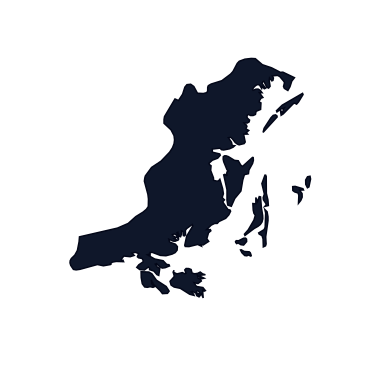 the Province of Quảng Ninh, rotated 337°
{"feature_id": "VNM-429", "entity_name": "Quảng Ninh", "entity_type": "Province", "adm_level": 1, "iso_a3": "VNM", "parent_name": "Vietnam", "parent_adm1": "", "projection": "natural_earth1", "projection_center": [107.332, 21.181], "detail": "fine", "context": "isolated", "style": "filled", "palette": "ink", "viewbox_px": 384, "rotation_deg": 337, "n_neighbors": 0, "source": "natural_earth", "source_scale": "10m", "svg_char_len": 6151}
<svg xmlns="http://www.w3.org/2000/svg" viewBox="0 0 384 384"><g transform="rotate(337 192 192)"><path d="M212.7,99.7L215.3,102.5L221.6,98.3L226.4,92.7L229.3,91.2L232.9,92.3L234.9,95.6L235.6,103.2L241.0,105.8L244.4,106.3L245.9,105.1L247.4,101.7L248.6,100.5L251.8,100.1L263.0,101.2L273.5,98.6L276.8,97.1L283.9,91.3L286.6,90.1L292.6,90.4L298.7,92.2L302.4,94.0L306.5,102.3L313.9,108.9L320.1,116.4L322.5,117.2L331.0,126.8L327.2,128.9L323.3,133.4L319.9,136.0L317.5,132.7L317.5,130.6L319.9,127.4L319.7,125.8L317.9,120.0L316.3,118.1L311.3,116.5L311.5,118.9L310.1,120.9L308.9,120.9L307.9,117.3L306.7,119.3L305.2,125.2L303.1,126.3L301.8,124.8L301.4,118.1L300.3,118.1L298.9,119.4L300.3,125.2L298.9,125.2L297.8,122.3L296.6,123.9L295.9,119.6L293.6,118.6L290.6,119.4L288.0,120.9L288.0,122.3L290.9,122.3L293.1,123.1L294.5,125.0L295.3,128.0L292.8,126.8L294.2,132.7L292.2,132.6L289.7,134.3L289.1,135.6L290.3,136.9L287.4,142.8L282.5,142.8L280.7,145.4L278.3,145.5L275.8,144.5L274.4,142.8L273.0,142.8L271.9,144.4L271.9,145.7L273.1,148.3L272.0,149.8L269.7,150.1L266.9,148.7L267.4,150.8L268.2,151.5L268.2,153.1L266.2,154.9L268.3,157.5L264.5,158.9L265.4,159.3L265.8,160.4L262.1,158.9L260.5,166.8L258.9,167.8L253.8,167.0L252.4,165.6L251.1,163.3L249.9,158.6L249.0,156.8L246.7,156.2L247.8,161.6L247.2,164.9L249.4,166.1L247.4,166.8L243.4,166.9L237.6,165.7L235.7,164.6L234.9,162.6L227.4,160.4L226.3,163.3L232.4,167.8L232.4,169.2L228.9,170.9L223.1,170.7L218.8,172.2L218.8,173.7L219.8,175.3L217.6,179.5L217.3,187.3L216.4,189.7L219.4,191.9L221.0,192.0L222.6,191.2L221.5,200.8L220.2,205.9L217.6,208.9L218.8,211.9L216.4,213.1L218.2,222.1L220.0,223.5L220.0,224.8L217.0,227.4L212.7,229.4L205.3,229.7L203.0,230.8L200.6,229.8L196.8,230.0L190.7,232.3L194.2,233.7L194.2,235.1L191.3,236.0L187.4,240.8L188.1,244.0L181.6,245.1L179.5,244.0L179.5,245.5L176.7,242.5L167.9,241.1L164.5,239.5L164.5,238.2L169.8,230.6L179.5,223.5L179.5,222.0L172.7,223.6L170.9,224.8L169.3,228.9L167.7,229.4L167.0,228.7L168.3,224.8L167.1,223.5L165.6,227.0L164.0,228.7L163.0,227.7L163.4,223.5L162.2,223.5L162.1,227.8L160.9,230.8L160.7,225.3L159.5,223.8L157.3,223.5L157.3,224.8L159.7,227.8L157.3,227.8L159.7,230.8L157.2,230.7L155.4,229.8L152.2,226.4L151.8,229.3L156.4,233.6L157.2,236.6L155.6,239.7L152.8,241.2L149.4,241.4L143.1,240.5L138.1,238.0L131.9,232.1L129.8,231.3L128.8,233.7L128.1,232.5L126.3,232.3L131.5,239.1L138.6,244.0L140.4,248.8L142.4,249.9L142.4,251.3L137.7,251.2L134.9,250.4L133.1,248.2L131.3,244.0L130.0,244.0L130.7,247.5L132.4,249.9L128.8,255.8L127.4,254.3L126.0,249.9L122.6,246.9L123.2,245.8L122.6,244.0L117.7,245.2L113.6,243.0L111.7,239.8L114.6,238.2L119.7,237.2L120.3,235.8L120.1,233.7L117.1,231.7L116.4,230.3L118.8,227.8L116.3,225.4L112.8,224.8L114.0,227.8L109.8,227.4L104.2,224.3L100.5,226.4L100.5,227.8L101.8,227.8L101.8,229.4L95.1,226.3L91.2,225.4L88.2,226.4L89.7,226.8L88.5,226.9L81.6,225.3L76.6,221.8L58.7,219.4L54.9,218.4L52.6,216.9L51.7,212.2L52.0,209.6L53.0,207.7L54.9,206.1L59.5,204.3L63.7,201.0L68.6,193.7L70.9,189.3L109.3,196.1L121.0,196.0L130.6,192.7L139.0,191.4L143.3,190.1L146.1,188.3L149.2,181.4L150.5,176.9L152.4,163.4L154.0,160.7L155.3,159.0L164.4,153.6L175.6,151.5L187.0,146.6L191.3,143.7L194.4,140.5L196.3,137.2L197.5,133.1L197.0,126.6L193.1,117.8L194.6,114.3L196.2,111.8L212.7,99.7ZM248.5,188.2L261.2,183.8L261.8,184.2L260.9,186.8L258.9,189.4L253.0,194.0L251.1,197.2L247.0,196.5L243.4,200.8L237.4,210.2L228.8,214.7L222.6,220.5L219.8,218.0L221.0,213.2L225.1,203.6L227.9,188.6L229.2,188.6L230.5,190.4L231.0,190.2L231.2,188.4L232.1,187.2L233.7,186.8L232.9,185.3L233.0,176.6L233.5,174.0L234.6,171.7L236.0,171.4L237.5,172.0L239.3,173.6L243.5,179.5L246.8,181.3L247.4,186.2L248.5,188.2ZM167.1,273.4L169.5,276.1L167.4,275.7L166.1,274.3L164.5,270.4L163.9,273.8L165.8,276.1L165.8,277.6L161.7,278.6L158.4,276.1L159.2,280.7L164.7,284.2L165.8,288.0L164.5,288.0L164.5,286.5L163.4,286.5L160.9,293.9L160.9,289.3L158.3,290.9L158.3,289.3L157.2,290.9L155.9,289.3L155.9,288.0L159.7,288.0L159.7,286.5L158.3,284.9L157.2,284.9L157.2,286.5L155.9,286.5L153.5,283.5L152.2,283.5L153.5,286.5L153.5,288.0L149.9,285.2L143.6,276.1L138.4,272.5L136.4,269.5L136.9,265.6L142.4,263.0L143.0,261.6L143.3,258.4L144.9,257.0L143.6,258.6L146.1,261.5L151.6,262.4L153.5,264.5L154.7,264.5L154.9,260.9L156.7,260.1L159.1,261.2L160.9,263.0L160.4,266.7L162.5,268.3L165.4,269.1L168.3,268.9L169.8,271.5L172.0,273.4L167.1,271.8L167.1,273.4ZM123.1,251.6L124.8,259.3L131.3,268.9L132.2,274.3L129.8,275.7L125.1,274.0L124.2,270.5L120.6,262.0L120.1,257.0L118.9,260.8L120.1,264.5L118.8,264.5L116.5,262.8L113.7,262.3L111.3,260.9L110.4,257.0L111.8,251.0L114.0,245.5L121.0,248.8L123.1,251.6ZM248.6,226.4L252.1,222.5L253.2,223.3L249.7,233.7L247.9,241.2L246.7,244.3L244.8,246.9L242.2,248.6L239.3,249.4L234.9,249.9L223.8,252.7L223.8,251.3L229.0,248.8L238.0,242.1L241.2,238.2L240.7,235.8L241.3,232.5L243.5,226.4L246.2,227.8L248.6,222.0L248.6,226.4ZM309.0,147.3L332.3,144.4L332.3,145.7L325.3,150.7L322.6,152.0L321.1,150.2L320.0,150.2L306.4,155.8L304.0,156.2L305.3,151.5L306.5,154.6L308.4,151.5L309.7,150.7L306.0,150.4L301.5,151.5L301.5,150.2L309.0,147.3ZM245.6,253.0L251.6,240.1L252.2,236.6L253.4,239.5L252.3,244.4L250.8,248.0L242.3,262.1L239.9,268.8L238.6,270.3L236.2,270.4L239.1,262.9L239.4,259.5L237.4,257.0L237.4,255.7L243.7,254.8L245.6,253.0ZM259.6,211.6L265.7,205.0L266.4,205.3L266.4,206.7L259.9,222.3L258.8,229.0L257.0,234.3L253.4,233.7L255.3,232.8L255.5,231.5L254.7,227.1L255.3,225.0L257.8,222.2L259.6,211.6ZM286.8,226.4L289.1,227.1L295.4,232.3L295.4,233.7L291.8,232.3L292.7,236.5L291.4,239.8L288.8,242.3L285.6,244.0L289.0,236.9L289.3,234.4L286.5,232.0L285.4,230.0L286.8,226.4ZM299.0,153.6L299.9,155.0L299.7,156.2L280.7,164.9L283.3,161.5L293.7,154.5L296.7,153.2L299.0,153.6ZM221.4,254.7L223.3,255.4L223.8,256.7L222.9,259.0L218.8,261.0L216.4,259.6L214.5,256.9L213.0,257.0L212.5,255.6L212.7,254.6L213.7,254.1L215.9,255.1L221.4,254.7ZM301.3,225.4L304.3,223.1L306.8,223.6L306.2,226.4L301.6,233.0L299.9,233.2L299.7,229.4L301.3,225.4ZM216.9,267.2L221.3,269.4L221.9,270.7L221.7,273.6L221.1,274.0L219.1,271.9L217.6,272.2L215.7,271.1L214.2,267.4L214.0,264.3L214.7,264.4L216.9,267.2Z" fill="#0f172a" stroke="#020617" stroke-width="1.5"/></g></svg>